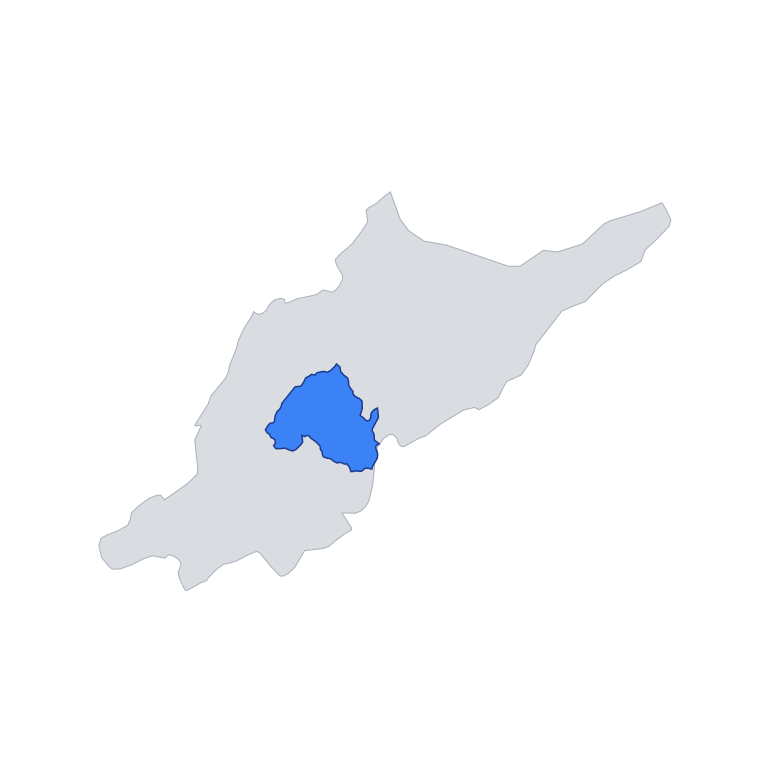 where Shida Kartli sits in Georgia, rotated 123°
{"feature_id": "GEO-3039", "entity_name": "Shida Kartli", "entity_type": "Region", "adm_level": 1, "iso_a3": "GEO", "parent_name": "Georgia", "parent_adm1": "", "projection": "mercator", "projection_center": [44.031, 42.172], "detail": "fine", "context": "in_parent", "style": "filled", "palette": "blue", "viewbox_px": 768, "rotation_deg": 123, "n_neighbors": 0, "source": "natural_earth", "source_scale": "10m", "svg_char_len": 3612}
<svg xmlns="http://www.w3.org/2000/svg" viewBox="0 0 768 768"><g transform="rotate(123 384 384)"><path d="M394.3,532.8L394.5,530.5L393.8,527.0L391.0,524.5L387.0,522.8L379.8,523.4L373.1,521.7L368.4,517.2L367.3,513.8L370.0,511.0L368.0,508.7L359.7,503.2L346.0,489.4L338.3,486.3L335.3,477.7L332.2,475.8L325.7,475.0L318.9,475.9L317.4,476.8L315.3,478.2L309.9,489.0L306.1,492.7L296.9,491.0L289.2,488.4L283.0,487.0L270.9,486.1L257.1,485.9L247.9,493.6L243.9,492.6L236.8,488.8L225.5,485.7L219.4,483.3L236.8,460.5L242.0,446.9L242.2,438.7L242.4,428.3L233.3,406.7L225.6,376.0L217.5,343.8L211.2,334.1L184.9,323.0L178.8,310.3L158.4,293.8L130.1,286.7L124.5,283.6L99.8,262.9L80.6,249.5L84.7,241.4L90.2,232.8L96.2,230.8L113.6,234.1L129.6,238.0L141.3,235.2L155.2,242.0L168.0,249.7L180.7,255.1L205.7,260.3L215.0,267.4L225.8,274.5L268.4,278.1L271.8,277.0L274.9,276.0L289.2,273.4L301.8,273.9L315.2,282.5L323.7,282.0L332.8,280.7L344.5,285.2L353.7,290.4L354.5,295.5L362.6,303.1L386.0,314.5L405.1,321.0L411.0,325.5L425.4,333.0L426.9,335.4L426.6,338.4L422.5,344.0L421.4,349.0L423.4,351.9L429.4,354.6L441.3,355.2L445.6,351.7L454.5,349.1L463.2,344.5L475.0,338.4L491.0,332.8L497.4,332.8L503.6,334.5L507.9,337.6L515.0,349.0L522.2,333.0L524.1,331.8L530.7,335.1L542.3,339.5L550.3,341.9L554.7,345.2L567.0,359.8L586.8,359.0L595.2,361.2L599.7,363.7L601.7,366.5L598.2,380.9L593.3,396.0L593.7,399.6L601.7,405.2L612.5,411.2L618.3,416.0L622.3,420.3L630.8,423.6L640.9,425.6L645.7,425.9L650.7,429.5L663.7,436.3L665.4,437.9L663.2,442.3L658.0,450.2L653.9,454.2L649.3,454.9L644.7,456.7L643.1,460.9L642.9,466.4L643.7,470.3L644.9,471.8L649.5,473.0L654.1,484.5L661.3,490.3L672.6,496.8L682.5,504.3L687.4,511.2L686.5,516.1L683.2,526.5L674.9,535.0L667.9,537.2L665.5,536.4L661.0,533.7L651.8,527.1L641.9,521.9L634.3,523.6L629.3,525.6L619.4,523.2L607.7,518.7L601.6,514.2L598.9,510.9L600.7,505.0L574.1,494.4L561.3,491.5L555.5,494.7L535.9,510.7L533.6,512.3L518.7,514.5L518.7,515.8L522.1,519.2L521.4,520.3L496.3,520.6L488.0,522.7L465.8,520.0L458.4,521.2L452.1,523.7L436.9,526.6L426.4,529.9L413.0,531.7L399.1,531.8L394.3,532.8Z" fill="#d9dde1" stroke="#a8b0b8" stroke-width="1"/><path d="M436.8,355.3L438.0,356.2L439.7,357.0L441.4,356.7L442.7,355.6L445.0,352.4L446.2,351.1L450.1,349.2L458.8,348.8L462.0,347.9L462.2,348.3L463.3,351.5L465.2,354.1L469.5,355.3L472.5,360.7L474.1,362.1L475.5,364.1L472.5,367.7L471.2,372.1L472.2,372.7L472.8,374.0L473.0,375.9L473.4,377.8L474.6,379.1L475.9,380.7L476.1,384.4L475.8,388.3L477.3,391.5L478.0,395.4L476.5,397.5L474.6,398.9L474.0,400.6L473.2,402.0L472.0,402.8L470.9,403.8L469.5,409.8L469.3,416.1L468.5,418.5L468.9,420.5L471.4,421.9L471.8,425.0L473.1,423.9L474.5,422.5L477.1,420.6L480.2,420.7L486.7,422.1L489.8,423.9L490.1,424.8L490.2,425.1L491.0,427.7L491.7,432.1L494.6,435.6L497.1,439.4L495.9,442.9L492.5,443.0L490.0,445.4L490.3,450.1L488.6,452.2L488.6,455.3L487.1,458.5L480.8,458.7L478.7,457.9L477.2,456.1L475.6,455.3L470.1,457.9L465.7,458.7L461.5,457.7L458.6,458.1L455.8,459.1L434.8,457.0L431.0,452.4L424.9,452.5L421.5,453.0L418.4,451.2L415.4,450.1L414.1,446.8L411.3,446.4L408.2,443.7L407.3,442.3L406.1,441.3L405.6,439.3L404.8,437.6L401.5,436.1L395.7,434.7L393.1,434.8L393.8,430.1L397.1,427.2L398.4,422.8L398.8,417.7L401.3,415.1L404.3,412.9L405.9,409.7L407.1,406.2L408.6,405.0L409.1,404.5L409.2,404.4L409.6,403.9L410.1,400.7L409.6,396.8L410.0,394.6L410.3,393.1L412.2,391.8L416.5,388.8L423.4,386.9L423.5,382.9L424.5,378.9L422.5,376.4L419.6,376.8L417.1,378.2L414.5,378.9L411.0,378.3L407.7,376.4L415.1,370.4L427.7,369.4L429.5,368.6L431.5,365.0L436.3,361.5L436.8,355.3Z" fill="#3b82f6" stroke="#1e3a8a" stroke-width="1.5"/></g></svg>